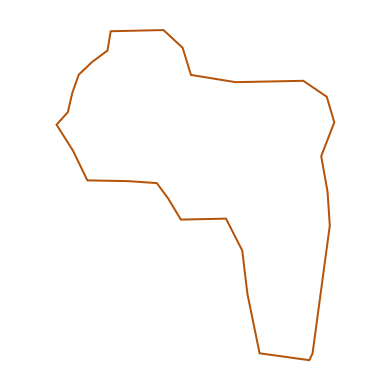 the District of Kumi, rotated 94°
{"feature_id": "UGA-3065", "entity_name": "Kumi", "entity_type": "District", "adm_level": 1, "iso_a3": "UGA", "parent_name": "Uganda", "parent_adm1": "", "projection": "albers", "projection_center": [33.978, 1.444], "detail": "fine", "context": "isolated", "style": "outline", "palette": "amber", "viewbox_px": 384, "rotation_deg": 94, "n_neighbors": 0, "source": "natural_earth", "source_scale": "10m", "svg_char_len": 517}
<svg xmlns="http://www.w3.org/2000/svg" viewBox="0 0 384 384"><g transform="rotate(94 192 192)"><path d="M351.6,63.3L348.2,113.3L289.8,129.6L246.9,137.8L216.2,156.2L220.3,201.2L199.9,215.5L185.6,227.7L185.6,256.3L187.7,297.2L159.1,313.6L134.3,331.8L121.0,321.4L101.4,318.3L82.8,313.1L69.2,300.7L56.8,286.2L37.3,284.3L32.4,231.8L48.8,211.4L75.3,201.2L79.4,156.2L73.3,88.8L87.6,64.2L112.6,54.9L147.2,65.6L182.3,56.8L215.9,52.2L335.5,59.9L344.7,60.5L351.6,63.3Z" fill="none" stroke="#b45309" stroke-width="2"/></g></svg>